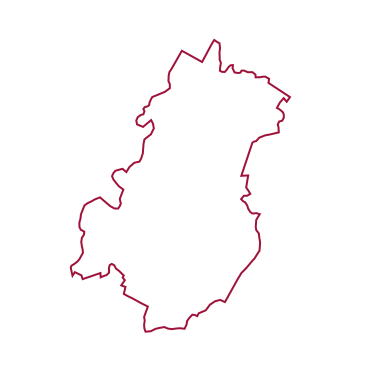 outline of Kuala Lumpur, Kuala Lumpur, Malaysia, rotated 209°
{"feature_id": "92858781B79427410842699", "entity_name": "Kuala Lumpur", "entity_type": "district", "adm_level": 2, "iso_a3": "MYS", "parent_name": "Malaysia", "parent_adm1": "Kuala Lumpur", "projection": "robinson", "projection_center": [101.697, 3.14], "detail": "fine", "context": "isolated", "style": "outline", "palette": "rose", "viewbox_px": 384, "rotation_deg": 209, "n_neighbors": 0, "source": "geoboundaries", "source_scale": "gbopen_adm2", "svg_char_len": 2793}
<svg xmlns="http://www.w3.org/2000/svg" viewBox="0 0 384 384"><g transform="rotate(209 192 192)"><path d="M246.2,336.7L246.5,331.4L246.2,310.6L269.3,310.6L269.6,289.5L269.9,285.9L268.7,282.2L267.5,279.9L266.4,277.6L263.7,275.6L261.7,272.0L264.3,266.4L272.8,255.8L272.8,252.9L272.5,249.6L271.6,247.3L272.2,245.6L274.5,243.3L274.8,241.0L272.8,239.7L272.2,236.4L274.2,234.4L275.7,231.1L275.4,227.5L272.8,224.5L270.2,224.8L266.4,225.2L262.6,235.1L259.1,232.7L256.2,229.1L255.9,222.5L256.5,221.2L259.1,214.9L257.6,210.3L255.6,206.0L253.8,202.1L252.7,196.8L252.7,193.1L256.7,189.5L258.8,183.6L259.1,177.6L264.0,178.6L266.4,176.3L269.3,173.4L269.9,170.4L269.6,167.1L269.3,166.8L266.7,164.8L262.0,162.8L258.5,161.5L253.2,160.8L251.8,150.9L248.6,147.3L248.3,144.3L248.6,141.7L251.8,140.0L256.7,140.0L260.2,140.7L269.9,142.7L273.4,138.4L275.4,135.1L278.0,131.4L279.5,128.1L279.2,125.5L278.3,118.6L276.6,114.6L275.7,110.7L273.4,106.7L271.0,105.1L267.0,105.1L265.8,102.4L266.1,98.5L264.6,94.5L262.0,91.2L259.7,88.6L257.9,85.9L257.9,83.3L257.9,78.7L258.5,75.7L260.0,72.1L261.7,69.1L261.4,67.1L259.7,65.1L255.9,60.8L255.6,65.1L248.3,65.5L245.4,62.8L232.8,76.7L230.5,73.1L228.7,75.4L226.4,78.0L225.5,81.3L226.7,83.6L227.9,85.3L228.5,88.2L227.3,90.2L224.4,90.2L221.5,88.2L217.4,87.6L211.2,85.9L211.2,83.6L208.0,82.3L208.6,76.0L204.2,76.7L202.2,69.8L197.3,69.8L192.6,70.1L188.5,70.1L182.7,70.1L175.1,70.4L173.3,59.5L171.0,56.6L169.5,52.6L167.5,49.6L164.9,47.3L160.5,50.3L157.6,54.6L154.4,57.5L150.6,60.5L147.1,60.8L143.3,62.2L139.8,64.8L136.9,66.8L132.2,68.8L132.5,73.4L133.7,76.7L133.4,80.0L132.2,84.9L129.3,85.9L127.3,85.9L127.3,89.2L122.6,95.2L121.7,102.1L118.8,107.7L115.0,111.3L109.8,111.7L109.8,127.8L109.8,137.7L109.5,145.3L108.6,148.3L107.7,151.6L106.8,156.2L106.0,160.5L105.1,164.1L104.8,169.7L104.5,173.4L106.3,177.3L108.0,180.9L110.9,184.6L113.5,188.2L117.3,189.8L119.4,192.5L122.3,198.8L122.0,205.4L125.5,204.7L127.8,203.0L129.3,202.4L131.9,203.0L134.8,204.7L137.2,207.0L140.4,208.7L142.7,208.7L145.6,209.6L144.8,213.9L142.1,215.3L140.1,218.6L143.3,220.5L146.8,222.2L150.9,233.7L156.7,230.1L163.1,264.4L162.0,266.4L160.5,267.7L159.6,272.0L155.5,277.0L151.5,280.3L145.0,286.2L147.7,290.5L149.7,292.5L150.0,295.8L147.7,298.1L147.7,301.4L149.1,304.0L150.9,305.7L153.2,306.3L155.5,306.7L158.5,306.7L158.5,309.6L158.5,312.9L157.3,318.5L152.9,316.9L152.3,322.5L178.0,324.5L179.5,328.4L183.8,328.4L185.6,327.4L188.5,325.1L192.0,323.2L193.5,325.5L197.2,326.1L201.3,323.8L205.1,323.5L207.5,322.2L207.5,319.9L209.2,318.5L212.7,317.2L216.5,319.9L217.7,322.8L219.7,321.5L220.6,319.2L220.9,315.9L221.5,312.9L224.1,311.6L226.4,311.6L227.9,314.9L229.3,318.9L232.0,321.2L233.4,323.8L235.5,327.1L237.2,331.4L240.1,335.4L243.0,335.4L246.2,335.7L246.2,336.7Z" fill="none" stroke="#9f1239" stroke-width="2"/></g></svg>